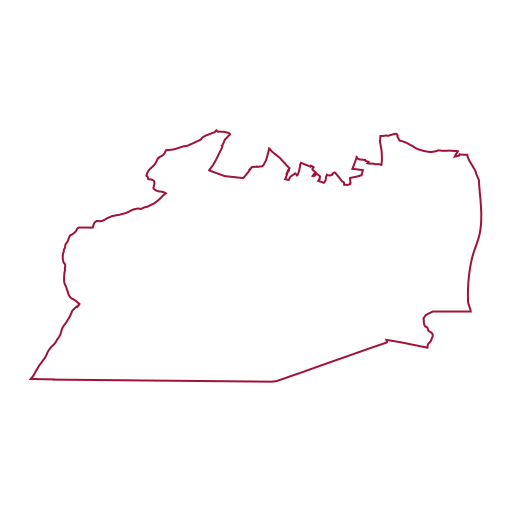 the district of Malambo, Atlántico, Colombia
{"feature_id": "7082276B4213676035156", "entity_name": "Malambo", "entity_type": "district", "adm_level": 2, "iso_a3": "COL", "parent_name": "Colombia", "parent_adm1": "Atlántico", "projection": "albers", "projection_center": [-74.828, 10.852], "detail": "fine", "context": "isolated", "style": "outline", "palette": "rose", "viewbox_px": 512, "rotation_deg": 0, "n_neighbors": 0, "source": "geoboundaries", "source_scale": "gbopen_adm2", "svg_char_len": 6001}
<svg xmlns="http://www.w3.org/2000/svg" viewBox="0 0 512 512"><path d="M39.9,379.2L53.6,379.4L53.6,379.6L271.9,381.7L276.6,381.1L278.4,380.4L285.9,377.9L288.5,376.9L299.9,373.0L322.0,365.1L361.5,351.2L374.4,346.7L386.2,342.7L387.0,342.2L386.4,339.9L400.4,342.2L427.4,347.7L427.6,347.3L427.5,346.7L427.5,346.2L427.8,345.0L428.6,343.4L430.0,342.1L430.7,341.1L431.4,339.5L431.8,338.4L432.5,337.0L432.7,336.4L432.7,335.2L432.5,333.9L432.1,333.4L430.8,332.2L430.1,331.9L428.7,330.9L427.9,329.9L427.8,328.7L427.6,328.1L427.3,327.6L426.8,327.1L426.3,326.9L425.9,326.9L425.3,326.5L424.6,325.5L424.1,324.4L424.1,323.8L423.8,322.7L423.8,320.6L423.5,318.3L425.4,315.8L425.6,315.2L426.9,314.5L427.9,313.9L431.1,312.4L432.8,311.5L470.7,311.5L470.6,310.3L470.2,309.0L468.3,303.4L468.0,301.2L467.9,295.3L468.0,289.1L468.3,283.0L468.9,276.3L469.5,271.7L470.3,266.5L471.3,261.4L472.3,257.1L472.9,254.9L473.9,251.7L477.9,240.3L478.9,236.9L479.5,234.4L480.2,231.2L480.6,227.9L481.0,224.2L481.2,220.6L481.3,213.7L481.0,206.8L480.5,199.8L479.3,186.9L478.9,180.0L476.8,175.3L475.6,171.5L474.4,169.0L473.7,168.1L473.1,166.8L471.6,164.5L470.3,162.2L469.7,161.6L469.1,160.3L467.6,156.6L467.3,155.3L467.3,154.8L462.6,154.7L459.5,154.3L459.2,155.6L454.7,156.6L456.0,154.1L456.6,153.4L457.9,151.3L457.0,151.1L449.1,150.6L445.8,150.8L442.2,150.8L440.9,150.6L438.8,150.4L438.2,150.4L436.5,151.1L435.1,151.4L431.5,152.0L429.8,152.0L429.0,151.8L427.7,151.7L423.5,150.9L421.0,150.1L418.9,149.6L416.4,148.5L414.9,147.6L413.4,146.6L406.7,142.9L402.8,141.4L400.0,140.7L399.6,140.5L399.1,139.8L398.4,138.2L397.8,137.5L397.7,137.2L397.6,136.9L397.6,136.6L397.4,136.3L397.4,135.9L397.6,135.4L397.2,134.7L396.4,133.8L394.9,133.9L393.4,134.2L388.1,135.8L387.6,135.8L386.6,135.5L382.5,136.0L380.4,136.0L380.0,140.6L380.0,141.8L381.5,150.2L381.7,152.6L381.9,157.9L381.9,159.8L381.8,161.3L381.4,164.9L378.4,164.1L375.3,164.3L373.5,163.7L371.7,163.6L369.3,163.6L368.2,163.5L367.5,163.3L367.9,162.8L368.6,161.9L366.2,161.1L365.3,160.6L365.3,160.0L365.2,159.9L364.4,159.8L363.5,159.9L363.0,159.7L359.7,159.5L357.7,158.7L356.9,157.2L356.6,157.0L356.5,157.9L352.9,167.7L352.4,168.8L362.9,170.1L361.5,175.3L359.1,175.8L359.1,176.1L350.0,178.0L350.5,183.2L350.2,183.6L349.9,183.8L350.0,184.1L348.5,184.7L347.2,184.9L344.2,184.9L344.1,183.1L343.8,182.4L343.4,182.0L342.1,181.4L338.9,177.2L336.8,174.8L335.4,172.9L334.5,172.5L334.2,172.5L332.5,173.7L332.4,174.0L332.4,174.7L332.2,174.9L331.2,175.1L329.9,175.5L327.9,175.2L326.9,174.7L326.0,177.2L325.6,180.4L325.3,180.8L323.9,182.8L318.3,180.9L319.6,179.1L319.4,179.0L320.0,176.3L316.9,173.8L316.5,173.6L314.7,175.7L313.6,176.2L312.6,175.9L315.5,172.2L312.8,170.0L312.4,169.4L312.4,168.9L313.6,167.4L313.6,167.1L310.9,165.7L310.5,166.7L301.0,162.8L300.4,164.0L300.1,164.7L300.1,165.8L300.1,166.2L299.9,167.3L299.4,168.9L299.4,169.5L298.8,172.0L297.3,175.3L297.0,175.5L296.2,174.4L295.2,173.4L291.5,175.9L290.2,177.1L288.6,180.0L285.2,179.1L286.1,177.1L286.3,176.3L287.2,173.8L286.6,173.6L287.9,171.1L288.5,171.4L288.9,170.5L288.3,170.2L289.5,168.2L287.7,166.5L285.9,164.6L284.6,162.9L284.2,162.8L282.9,161.2L281.5,159.9L281.4,159.5L280.1,158.2L275.4,154.2L274.6,153.8L271.7,151.3L269.6,148.7L269.1,148.4L268.7,150.3L268.3,152.3L266.6,158.3L266.3,159.4L265.6,161.1L264.0,164.1L263.2,165.5L261.8,166.4L259.7,166.5L259.4,166.7L259.0,166.7L256.6,166.9L256.6,166.6L251.8,167.1L250.1,169.0L250.5,169.0L249.0,171.1L243.3,178.1L224.7,176.1L209.3,170.5L209.4,170.2L210.1,169.1L209.9,169.1L213.1,165.0L214.1,163.1L215.2,161.5L215.4,160.9L216.1,159.6L222.0,147.6L222.3,146.6L222.5,145.6L222.5,145.4L222.2,145.3L222.6,144.8L223.6,142.8L224.7,140.0L225.0,139.5L226.9,137.7L227.7,136.6L229.9,134.6L230.1,134.3L228.9,133.0L224.4,131.9L220.8,131.6L218.7,131.8L218.2,131.8L217.7,131.5L216.4,130.3L214.4,132.4L212.3,132.9L210.9,133.6L206.1,135.4L204.0,136.5L202.4,137.5L201.1,139.2L200.7,139.6L199.6,140.2L194.9,142.3L193.2,143.2L189.2,144.9L188.1,145.6L183.2,146.4L174.6,149.2L170.1,149.9L166.0,150.2L164.9,152.7L164.4,153.5L163.1,155.0L161.1,156.3L159.5,157.0L158.7,158.0L158.4,157.8L158.1,158.1L157.6,158.9L156.1,162.2L154.4,164.8L149.8,169.2L149.3,169.8L148.2,171.2L147.3,172.9L146.9,173.9L146.4,175.8L147.2,176.3L147.6,176.8L147.9,177.5L148.0,178.7L148.2,179.0L148.9,179.3L151.1,179.4L153.0,180.2L153.8,180.8L154.1,181.3L154.3,182.1L154.3,184.3L153.4,187.7L153.6,188.6L154.1,189.2L155.4,190.1L156.6,190.7L158.7,191.4L161.3,191.6L163.0,192.0L164.7,192.6L165.7,193.1L165.9,193.3L163.6,195.0L160.2,198.5L158.1,200.4L155.2,202.6L154.2,203.4L152.3,204.3L148.7,206.0L148.0,206.4L147.1,206.8L144.6,207.3L142.9,208.0L141.6,208.8L140.8,208.9L137.8,208.5L134.6,209.2L134.4,209.3L134.1,209.2L131.7,210.2L127.6,212.3L125.4,213.2L123.5,213.7L122.6,213.8L121.7,214.0L119.6,214.8L116.3,215.2L112.9,216.1L112.8,215.9L111.6,216.3L107.9,217.9L106.2,218.8L105.0,219.6L102.6,220.8L100.9,221.2L99.1,221.2L97.3,221.0L96.9,221.0L96.4,221.2L95.5,221.7L94.5,222.7L93.7,224.4L92.7,227.6L78.9,227.5L77.9,228.1L77.2,228.8L76.8,229.5L76.1,230.9L74.9,232.3L73.5,233.5L71.7,234.7L70.5,235.1L69.7,236.1L68.6,238.9L68.0,240.5L67.1,242.3L66.1,243.5L65.4,244.8L65.2,245.8L65.1,247.5L64.8,248.1L64.2,249.0L63.9,249.9L63.7,251.9L63.3,252.7L62.9,254.6L62.7,257.0L62.7,258.0L63.0,260.3L63.6,262.5L64.2,263.3L64.7,263.7L64.9,264.0L65.1,264.6L65.2,265.5L65.2,266.3L64.8,268.5L65.0,269.5L64.9,270.7L64.4,272.9L64.1,276.8L64.1,280.5L64.2,282.2L64.8,284.2L65.7,285.9L66.3,287.3L66.7,288.8L66.8,289.8L67.4,290.6L67.7,291.3L68.0,292.8L68.3,293.8L69.0,295.4L69.8,296.7L70.9,297.9L71.7,298.5L73.3,299.2L75.5,300.6L79.5,304.0L77.8,306.4L77.6,305.9L74.8,308.2L73.0,310.0L71.8,311.5L71.6,312.5L69.8,316.7L69.0,317.8L68.4,318.9L67.1,321.0L65.6,323.4L63.5,326.1L62.5,327.9L61.6,330.0L61.0,332.5L60.5,334.0L59.9,335.4L58.8,337.4L57.0,339.8L55.8,342.0L54.9,343.3L53.7,344.7L52.2,346.0L51.2,347.0L48.8,350.1L47.6,352.2L46.4,355.1L45.3,357.2L39.5,365.2L37.3,368.7L33.2,375.8L32.1,377.3L30.7,379.0L35.7,379.0L39.9,379.2Z" fill="none" stroke="#9f1239" stroke-width="2"/></svg>